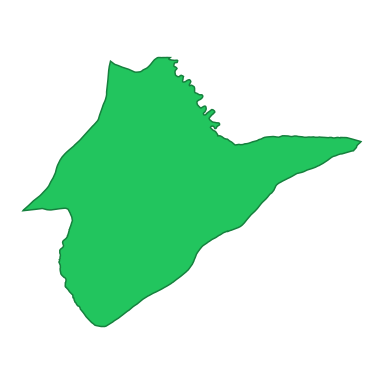 outline of Rovieng, Preah Vihéar, Cambodia
{"feature_id": "14789045B51869022105306", "entity_name": "Rovieng", "entity_type": "district", "adm_level": 2, "iso_a3": "KHM", "parent_name": "Cambodia", "parent_adm1": "Preah Vihéar", "projection": "orthographic", "projection_center": [105.174, 13.345], "detail": "fine", "context": "isolated", "style": "filled", "palette": "green", "viewbox_px": 384, "rotation_deg": 0, "n_neighbors": 0, "source": "geoboundaries", "source_scale": "gbopen_adm2", "svg_char_len": 5891}
<svg xmlns="http://www.w3.org/2000/svg" viewBox="0 0 384 384"><path d="M148.0,296.0L149.1,295.5L153.2,293.2L156.1,291.9L162.1,288.8L164.1,287.6L166.7,286.2L170.8,283.7L172.4,282.5L173.0,282.2L176.4,279.5L178.6,277.9L181.0,276.1L186.4,271.6L186.8,271.1L187.9,270.2L188.8,269.1L191.8,264.9L192.3,264.2L193.8,261.1L194.2,259.8L195.2,257.6L196.5,254.1L198.1,251.6L200.2,248.8L202.0,246.6L203.2,245.5L203.7,245.2L204.4,244.7L206.8,243.1L208.6,241.7L209.1,241.5L212.1,239.4L215.7,237.6L219.1,235.3L220.1,234.9L223.5,232.7L227.6,231.1L227.8,231.5L229.9,230.6L231.3,230.2L238.4,227.5L240.5,226.4L242.4,224.9L244.4,222.8L247.0,219.5L251.1,214.7L254.9,211.2L257.4,208.5L260.5,204.5L262.2,202.5L266.1,198.8L266.9,197.8L267.3,197.5L268.1,196.4L269.9,194.2L271.7,192.9L272.2,192.3L273.8,190.3L276.0,185.6L276.9,184.6L278.7,183.2L281.0,182.0L282.3,181.2L286.7,179.0L287.8,178.4L289.6,177.6L291.7,176.5L296.9,173.5L297.7,173.3L301.6,172.4L303.7,171.7L307.2,170.0L312.3,168.4L315.5,167.2L318.0,165.9L319.0,165.6L320.5,164.7L322.9,163.4L327.9,160.1L328.9,159.3L331.6,157.3L333.3,156.4L335.8,155.7L338.1,154.7L340.7,153.9L341.9,153.9L351.8,151.0L353.4,150.8L353.7,150.6L353.8,150.3L354.1,149.9L354.7,149.5L355.2,148.7L355.5,148.5L356.3,147.6L356.5,147.2L356.6,146.6L357.1,145.4L358.5,144.0L359.9,142.8L360.7,142.0L361.0,141.6L352.6,139.2L347.4,137.8L346.3,137.6L341.8,137.5L340.6,137.5L340.5,137.8L339.3,137.7L337.8,137.4L336.8,137.5L334.8,137.9L333.6,138.0L331.2,137.4L329.8,137.4L328.4,137.7L324.6,137.4L320.8,137.2L319.5,137.0L317.7,137.3L315.5,137.3L313.4,136.9L311.2,137.1L308.7,137.0L306.2,137.3L304.5,137.3L302.1,136.8L298.4,136.5L296.6,136.1L294.7,136.0L291.8,136.6L289.9,136.4L288.4,136.0L284.2,135.8L282.5,135.8L278.8,137.2L276.7,137.0L275.0,136.7L273.1,136.5L266.9,137.0L264.5,137.4L263.0,138.0L261.2,139.0L258.9,139.6L257.2,140.6L256.2,140.9L252.7,141.8L249.2,143.1L247.2,143.6L244.6,143.9L243.0,144.5L240.8,144.7L239.0,144.4L238.2,144.5L237.1,144.7L235.4,145.0L234.7,144.7L232.3,142.6L231.5,142.0L229.4,140.8L227.5,139.2L226.0,139.0L224.9,138.7L223.9,138.2L221.9,136.7L220.7,136.1L219.9,135.8L218.1,135.8L217.7,135.8L217.8,135.1L217.4,134.3L215.5,131.5L213.0,130.2L212.5,129.6L211.7,129.0L210.7,127.9L210.4,127.3L211.0,126.5L211.9,126.1L212.7,126.1L213.5,126.4L214.0,126.9L214.9,128.6L215.8,128.5L216.3,128.0L216.7,127.1L217.1,126.4L219.5,124.9L219.6,124.1L219.4,123.5L219.2,123.2L218.5,122.9L216.6,122.8L214.8,122.4L212.9,122.1L212.3,121.8L211.6,121.4L210.5,120.3L209.8,119.9L209.5,119.4L209.1,118.6L209.3,117.9L211.0,115.9L212.3,114.5L213.1,114.0L213.5,113.3L214.3,112.8L214.8,112.1L214.6,111.2L213.9,110.5L212.8,109.7L211.6,109.6L210.2,110.8L208.0,112.4L207.4,113.0L206.7,113.3L206.4,113.7L206.4,114.1L205.2,114.9L204.6,115.0L203.8,114.8L203.3,113.7L203.7,113.0L204.1,112.5L204.9,111.9L205.7,110.4L206.2,109.0L206.0,107.4L205.7,106.5L205.3,106.2L204.6,106.1L203.7,106.4L201.0,108.0L200.5,107.9L199.1,106.6L197.5,104.8L197.1,103.7L196.9,102.1L197.2,101.4L198.4,100.3L200.1,99.5L201.6,98.5L202.6,97.1L202.8,96.5L202.7,95.7L201.9,94.8L199.9,94.8L199.2,94.7L196.7,93.2L196.0,93.1L195.0,92.6L194.6,91.9L194.6,88.4L194.4,87.5L194.2,86.9L193.2,86.1L192.2,85.5L191.5,85.2L190.7,85.3L190.0,85.7L189.6,85.7L189.4,85.4L189.2,85.0L189.8,83.6L190.3,82.9L190.8,81.7L190.6,81.0L190.3,80.4L189.4,79.7L188.3,79.9L186.6,80.7L185.6,81.5L184.9,81.8L183.7,82.1L183.1,82.0L182.7,81.6L182.6,80.4L182.9,79.6L183.2,77.3L183.5,76.5L182.7,75.9L181.2,75.3L180.3,75.6L179.3,76.6L178.5,76.7L177.6,76.6L176.3,75.8L175.5,75.1L175.0,72.7L175.0,72.0L175.1,71.2L175.4,70.4L175.9,69.8L176.7,69.0L177.0,68.4L176.7,68.0L176.0,67.3L175.2,66.8L174.8,66.8L174.2,66.5L174.0,66.2L173.8,65.6L174.1,63.9L174.4,63.2L174.7,62.9L175.4,62.7L177.0,62.5L177.3,62.2L177.7,60.7L177.2,60.2L176.2,60.2L174.8,60.4L172.0,60.1L169.5,59.6L169.0,59.3L168.8,58.9L170.2,57.6L167.3,57.5L161.3,57.6L158.8,57.5L157.4,57.7L154.5,59.7L153.2,61.2L150.4,64.7L148.9,66.3L147.6,67.5L146.5,68.3L143.0,70.0L142.0,70.9L140.8,71.6L139.6,71.9L136.5,72.2L134.8,72.1L128.7,69.3L122.2,67.2L118.1,65.5L114.8,64.4L110.5,61.2L109.3,66.4L108.7,70.5L107.9,80.2L106.6,91.8L106.6,94.6L106.3,96.4L105.5,99.4L104.8,101.3L103.5,104.1L102.8,106.0L102.3,107.6L99.6,115.2L98.5,119.0L97.8,120.4L97.2,121.2L94.9,123.8L93.3,125.5L92.7,126.0L87.9,131.3L79.7,140.4L74.7,145.0L73.6,146.2L69.3,149.8L66.6,152.2L64.8,154.0L62.2,156.9L61.2,158.4L60.1,160.1L57.6,165.2L56.9,167.1L56.4,168.8L55.4,172.8L53.1,177.9L50.9,181.6L48.7,186.1L46.6,188.8L42.5,193.1L41.7,194.0L39.9,195.8L33.4,200.9L28.5,205.6L23.5,210.0L23.0,210.7L34.9,209.4L41.4,208.6L41.9,208.5L42.9,208.6L47.0,209.7L49.6,209.9L51.2,209.9L59.8,208.7L64.7,208.2L65.5,208.2L66.0,208.3L67.5,208.9L67.9,209.1L68.3,209.6L70.3,213.4L70.4,213.9L71.8,217.0L72.4,220.8L71.8,222.3L70.6,226.2L70.1,227.3L69.5,229.2L69.1,229.8L69.2,230.7L68.6,232.3L68.5,233.4L68.0,234.2L67.9,235.1L67.3,236.0L67.5,236.6L66.7,237.5L66.3,238.2L65.4,239.0L63.9,240.2L63.2,240.8L62.8,241.6L62.6,242.4L63.0,244.1L63.6,245.8L63.4,246.3L63.0,247.1L62.4,247.7L60.5,249.2L59.8,250.3L59.8,253.0L60.3,254.2L60.4,256.1L60.1,256.6L60.0,257.9L60.1,258.6L59.8,259.1L59.3,259.5L59.6,260.8L59.3,261.6L58.9,262.0L60.3,265.2L60.3,266.5L60.4,267.3L60.1,268.8L60.3,271.1L60.6,272.0L60.6,272.6L61.0,274.1L62.1,275.5L64.1,277.4L64.6,277.5L65.2,278.0L65.8,278.9L66.0,279.5L66.0,280.8L65.8,281.4L65.8,282.0L65.2,283.0L65.5,283.9L65.3,284.2L65.2,286.2L65.6,286.5L65.6,287.1L66.5,287.8L67.1,288.6L67.8,289.2L69.5,291.7L71.7,294.0L72.8,295.0L73.0,297.7L73.7,297.8L74.0,299.0L74.2,300.1L74.7,301.1L74.9,302.0L75.6,302.5L76.7,304.5L77.7,305.8L78.8,306.2L79.6,306.9L80.1,307.8L80.3,309.0L83.4,312.8L86.2,316.8L89.2,320.0L91.6,322.5L93.4,323.8L94.8,325.1L95.9,325.5L101.0,326.5L104.6,326.5L105.9,326.2L112.7,322.0L114.5,320.6L118.5,318.1L127.5,311.1L129.0,310.2L132.8,306.9L134.9,305.4L137.1,304.0L141.8,300.1L143.2,299.0L148.0,296.0Z" fill="#22c55e" stroke="#15803d" stroke-width="1.5"/></svg>